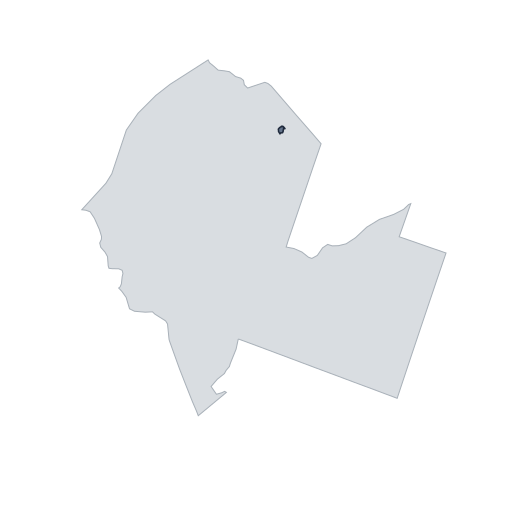 location of Unión Cantinil, Huehuetenango, Guatemala, rotated 109°
{"feature_id": "79465075B38315595445593", "entity_name": "Unión Cantinil", "entity_type": "district", "adm_level": 2, "iso_a3": "GTM", "parent_name": "Guatemala", "parent_adm1": "Huehuetenango", "projection": "albers", "projection_center": [-91.745, 15.587], "detail": "fine", "context": "in_parent", "style": "filled", "palette": "slate", "viewbox_px": 512, "rotation_deg": 109, "n_neighbors": 0, "source": "geoboundaries", "source_scale": "gbopen_adm2", "svg_char_len": 2729}
<svg xmlns="http://www.w3.org/2000/svg" viewBox="0 0 512 512"><g transform="rotate(109 256 256)"><path d="M86.2,365.1L88.4,362.9L90.3,357.7L92.6,352.3L91.2,346.1L90.4,341.1L93.0,333.8L92.8,328.3L94.0,325.0L97.9,322.8L99.9,318.6L88.9,304.2L89.0,300.9L90.4,296.9L99.4,281.5L110.0,263.3L121.6,243.1L128.7,231.0L154.2,231.0L171.2,230.9L192.7,230.8L216.0,230.7L231.4,230.6L237.7,230.4L236.6,222.6L237.3,213.8L240.1,205.9L240.1,202.4L235.5,198.2L226.6,195.7L221.7,192.0L221.6,187.2L219.4,181.4L215.1,174.7L206.2,167.8L192.7,160.7L181.2,151.2L171.8,139.3L163.8,131.6L157.6,128.4L156.1,126.7L174.1,126.8L191.2,126.9L191.2,109.7L191.3,94.5L191.3,77.3L222.1,77.2L258.9,77.0L297.0,76.7L326.9,76.4L344.6,76.2L344.0,97.6L343.4,122.3L342.9,140.5L342.3,164.7L341.6,189.5L340.7,223.4L340.2,245.2L340.6,245.7L350.6,244.5L365.6,245.3L369.2,245.2L373.8,247.0L377.4,247.6L385.0,252.4L394.0,256.0L399.6,248.4L396.5,243.9L394.2,241.6L394.6,239.6L425.8,258.6L422.2,261.6L414.4,268.7L400.3,280.8L387.6,291.6L375.4,301.4L364.4,310.2L363.1,311.1L349.1,317.5L346.8,320.3L343.9,332.6L342.5,335.7L345.2,342.5L347.8,352.9L347.1,358.4L337.4,365.3L333.0,371.5L331.0,375.4L329.3,374.4L326.2,374.2L319.2,375.8L315.9,376.1L313.1,377.9L312.8,381.7L314.8,387.8L315.5,391.0L313.5,392.5L304.9,396.2L301.6,399.9L298.3,405.6L294.6,408.0L290.6,407.6L287.8,408.4L281.9,412.7L273.0,421.0L268.2,427.2L268.1,431.7L269.0,435.8L236.1,421.6L225.2,419.1L179.1,419.6L159.4,414.0L136.8,403.0L121.6,393.1L86.2,365.1Z" fill="#d9dde1" stroke="#a8b0b8" stroke-width="1"/><path d="M132.5,273.3L132.4,273.3L132.4,273.2L132.2,273.0L132.1,272.9L131.9,272.8L131.8,272.7L131.7,272.7L131.6,272.8L131.5,272.7L131.4,272.5L131.4,272.4L131.3,272.2L131.2,271.9L131.1,271.7L131.0,271.4L130.9,271.3L130.9,271.2L130.7,271.0L130.4,271.0L130.2,271.0L129.9,271.0L129.8,270.9L129.7,270.9L129.7,271.0L129.4,271.1L129.2,271.0L128.9,271.0L128.7,271.0L128.4,271.2L128.3,271.3L128.2,271.3L127.9,271.3L127.7,271.2L127.6,271.3L127.4,271.3L127.2,271.3L126.9,271.4L126.7,271.3L126.4,271.4L126.2,271.3L126.2,271.2L126.1,271.3L126.0,271.2L125.9,271.1L125.7,271.1L125.6,270.9L125.6,270.7L125.5,270.8L125.5,270.7L125.5,270.8L125.4,271.0L125.2,271.3L125.2,271.5L125.3,271.5L125.3,271.9L125.3,272.0L125.2,272.1L125.1,272.3L125.0,272.5L124.9,272.5L124.9,272.8L124.7,272.8L124.7,273.0L124.7,273.3L124.8,273.4L124.8,273.5L125.0,273.6L125.1,273.8L125.1,274.0L125.3,274.0L125.4,274.3L125.5,274.3L125.8,274.4L125.8,274.5L126.1,274.8L126.3,274.9L126.5,275.1L126.8,275.2L126.8,275.3L127.0,275.4L127.0,275.5L127.3,275.6L127.5,275.7L127.6,275.8L127.9,275.9L128.0,275.9L128.2,276.0L128.3,276.0L128.5,276.1L128.8,276.2L130.4,275.4L131.0,275.2L132.0,274.0L132.5,273.3Z" fill="#64748b" stroke="#1e293b" stroke-width="1.5"/></g></svg>